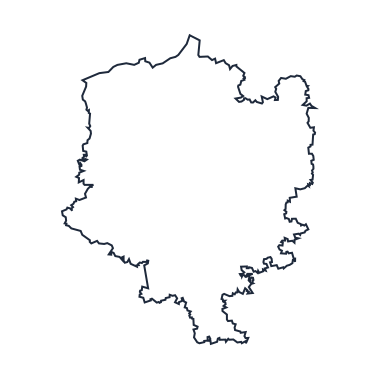 Bogra, Rajshahi, Bangladesh, rotated 264°
{"feature_id": "16705992B87441692505107", "entity_name": "Bogra", "entity_type": "district", "adm_level": 2, "iso_a3": "BGD", "parent_name": "Bangladesh", "parent_adm1": "Rajshahi", "projection": "mercator", "projection_center": [89.284, 24.83], "detail": "fine", "context": "isolated", "style": "outline", "palette": "slate", "viewbox_px": 384, "rotation_deg": 264, "n_neighbors": 0, "source": "geoboundaries", "source_scale": "gbopen_adm2", "svg_char_len": 5950}
<svg xmlns="http://www.w3.org/2000/svg" viewBox="0 0 384 384"><g transform="rotate(264 192 192)"><path d="M314.6,94.8L311.5,98.3L307.9,97.7L299.1,92.9L295.3,93.1L293.3,95.2L291.2,95.7L286.9,96.4L284.9,95.6L283.6,96.8L284.2,98.0L281.4,97.6L280.6,98.8L270.7,96.9L268.2,97.7L266.4,96.3L266.8,95.0L263.3,97.6L260.6,97.6L255.9,95.7L254.4,93.5L251.6,93.0L250.8,89.0L249.5,88.1L244.2,88.1L243.2,91.1L239.2,91.3L238.6,90.6L240.2,89.9L240.3,88.3L238.4,88.5L237.2,86.6L235.5,86.4L236.0,89.2L235.2,90.8L233.8,88.2L235.9,83.8L235.0,81.7L231.0,82.8L230.7,83.8L232.0,84.1L230.6,84.9L229.4,84.7L229.0,82.8L225.9,82.9L224.3,86.5L223.0,81.9L221.0,81.6L219.2,78.5L217.7,81.1L213.4,80.4L215.2,85.4L211.6,85.0L210.3,85.9L209.4,94.7L208.8,93.0L207.5,92.8L207.8,90.9L206.0,88.7L201.4,85.4L197.6,86.0L195.8,79.2L197.5,75.8L194.9,75.8L194.6,73.9L192.7,72.9L191.5,70.5L189.4,72.1L188.2,70.3L185.9,70.9L188.4,69.1L189.5,66.4L187.8,65.4L186.4,60.7L182.3,61.0L180.1,63.8L176.6,63.8L174.1,62.1L173.6,63.8L172.1,63.3L171.2,65.9L168.4,68.2L164.9,77.2L160.9,78.4L154.7,85.4L153.1,85.1L151.4,86.5L153.3,92.5L150.6,94.1L149.5,99.2L150.0,102.4L147.3,106.6L144.4,107.5L138.6,102.7L138.1,105.1L140.9,105.4L139.6,107.7L136.3,109.0L135.0,113.2L131.6,115.6L134.4,115.7L134.9,117.2L130.9,116.8L128.7,117.8L129.1,120.4L131.8,122.3L127.0,123.5L123.5,129.4L124.8,129.3L124.8,131.3L125.9,130.8L127.3,132.7L126.6,134.8L127.7,135.9L127.2,139.5L128.6,140.2L128.2,141.3L125.6,140.6L124.0,136.8L100.8,138.3L103.1,132.6L99.6,131.8L99.3,130.1L98.1,129.7L96.0,131.0L95.5,129.3L93.3,128.8L91.9,132.5L87.1,133.4L88.5,139.7L89.7,139.5L90.1,141.0L85.7,145.4L86.1,147.5L85.2,148.1L85.7,149.6L87.1,149.9L87.6,154.3L89.3,154.8L89.7,158.7L92.1,159.1L90.8,161.8L91.1,164.4L87.8,166.1L84.1,163.6L82.0,167.2L83.8,167.5L84.8,171.1L87.4,170.6L87.7,171.7L84.0,172.6L82.7,174.6L78.0,172.7L77.1,174.8L74.7,175.1L73.3,178.2L71.6,176.5L70.4,177.4L69.4,176.4L67.2,177.0L67.3,178.7L66.1,178.8L65.7,180.1L59.6,179.8L57.5,183.5L55.6,182.8L55.1,179.1L51.2,180.0L47.2,178.8L42.0,181.5L40.8,183.6L41.4,188.5L42.6,188.6L42.6,192.1L46.1,192.3L46.4,194.0L43.9,194.9L42.2,193.4L42.0,194.8L39.0,194.9L40.4,201.3L43.5,202.4L44.0,204.0L42.1,204.2L41.7,209.8L39.5,210.1L42.2,212.7L41.2,213.5L41.0,217.7L37.6,221.4L37.8,225.2L36.4,225.7L38.1,229.9L35.9,229.8L41.0,232.7L41.1,230.0L43.2,229.1L47.1,230.7L46.9,225.7L48.2,225.5L50.2,220.4L52.8,220.2L55.9,221.6L57.0,218.8L59.9,218.2L59.9,214.3L61.5,213.4L66.5,213.9L70.4,209.9L72.5,210.0L73.6,214.0L75.4,211.5L76.9,213.7L78.4,213.6L79.3,212.2L80.4,213.5L80.5,211.4L82.0,211.4L82.5,210.2L86.6,211.6L87.3,213.3L84.5,218.4L84.5,221.3L87.0,222.0L85.8,223.8L87.5,225.0L87.4,226.5L90.4,227.2L87.6,228.5L85.4,231.9L90.7,234.8L88.6,236.7L87.8,236.2L87.0,238.0L85.2,236.7L85.2,241.8L91.5,238.6L94.4,241.3L94.8,243.3L95.5,242.4L97.4,243.3L97.4,242.3L98.1,243.9L100.3,243.7L100.7,242.2L99.2,240.7L96.3,240.5L98.2,239.1L103.4,240.7L104.2,243.8L104.8,238.5L104.0,238.0L104.3,239.7L103.2,240.0L102.0,237.3L102.7,236.2L101.3,236.7L103.7,235.4L104.0,233.6L102.7,232.8L104.3,232.7L103.9,231.7L105.4,231.1L105.3,233.8L106.6,235.6L109.1,233.2L112.6,233.0L112.2,238.8L110.5,238.5L110.3,240.4L111.2,240.9L110.2,243.7L106.3,245.0L106.7,246.9L104.7,248.8L106.7,249.5L104.6,250.4L105.7,254.5L107.6,254.5L106.1,257.1L108.4,256.5L109.0,259.7L112.7,258.5L113.2,256.1L114.8,255.7L117.7,256.6L117.7,259.2L118.7,260.3L119.1,263.2L117.3,264.2L114.0,264.2L113.9,262.3L110.0,263.1L110.4,268.6L106.7,269.8L107.6,274.9L106.4,275.2L108.8,278.7L109.3,281.5L110.7,284.4L113.8,285.2L113.6,286.5L111.8,287.2L115.0,287.6L115.1,286.2L121.1,285.1L120.9,281.8L122.7,280.8L122.6,279.6L120.8,279.1L121.7,274.1L124.2,275.3L125.6,273.1L128.6,272.0L130.0,273.3L129.3,276.4L132.1,277.0L132.9,275.4L134.2,276.6L134.0,279.5L136.7,279.4L135.2,282.2L132.8,282.4L133.0,286.7L130.9,288.6L133.8,289.0L134.8,293.0L135.8,289.9L139.1,289.0L139.4,293.6L138.0,295.1L139.4,295.6L140.0,299.8L141.6,300.8L142.7,303.8L148.0,301.9L146.9,300.2L147.9,298.7L147.3,297.0L148.7,296.9L150.3,293.9L154.6,292.4L154.9,288.6L152.3,287.8L152.2,286.0L155.0,285.5L156.2,283.3L155.9,281.9L160.3,281.4L160.9,283.4L162.5,283.8L164.3,282.0L165.3,283.3L169.9,283.9L171.6,284.8L171.7,286.0L173.4,286.3L172.1,288.4L176.0,288.6L176.4,295.6L184.9,295.2L183.3,300.0L184.0,304.6L186.4,307.8L185.6,308.7L187.5,308.4L186.7,310.0L188.5,310.2L187.4,312.4L188.6,313.1L191.6,311.2L191.8,313.2L196.4,314.2L197.8,313.2L198.9,314.1L200.8,313.6L202.4,315.2L204.6,315.4L206.7,315.3L207.5,313.9L210.6,313.9L211.3,316.4L215.1,316.4L217.5,315.3L217.8,312.3L224.0,312.3L224.9,314.6L226.5,314.8L226.5,316.8L236.5,318.5L236.7,320.1L238.2,320.6L240.3,319.2L243.6,320.0L243.5,316.4L248.7,314.1L250.1,315.4L253.5,315.9L257.9,314.2L263.5,316.5L262.6,323.3L265.2,319.8L267.6,318.5L265.9,314.8L267.0,311.2L270.2,315.5L273.3,315.8L273.4,318.3L276.1,318.0L277.0,314.8L280.5,315.7L281.0,318.3L282.2,318.6L284.7,317.4L285.3,318.3L285.7,317.0L289.8,316.0L290.6,314.6L291.6,315.4L292.6,313.6L295.8,311.9L296.9,308.3L295.9,306.3L296.9,302.3L294.8,297.2L296.1,292.5L293.4,289.8L290.7,290.1L287.6,285.7L285.8,286.5L282.9,285.3L277.6,287.6L274.6,287.0L274.8,284.1L277.2,285.0L278.6,283.1L276.5,276.6L279.7,271.3L273.9,271.9L272.7,270.8L274.8,265.8L276.6,264.6L274.6,262.0L274.9,260.2L278.0,259.0L278.0,257.0L279.7,254.9L279.7,253.6L278.2,253.3L276.8,250.7L276.7,248.2L280.4,245.1L280.8,250.5L282.1,252.9L284.5,250.4L291.8,248.8L293.1,249.2L293.7,251.3L297.3,252.6L298.1,255.9L299.5,255.5L300.0,257.4L300.1,255.8L300.8,256.5L302.2,255.1L304.9,256.6L312.2,249.3L313.7,249.4L313.1,245.5L310.3,242.7L314.2,242.1L316.6,238.9L319.8,237.4L317.6,229.4L322.2,228.9L321.1,225.7L325.1,221.9L325.6,213.6L327.6,212.6L342.0,215.5L348.1,206.1L339.8,202.2L329.7,192.7L328.1,189.7L327.3,184.4L323.0,176.3L322.2,169.6L319.8,165.9L325.1,163.2L326.9,159.2L330.1,159.3L329.0,153.6L326.1,152.6L324.5,147.8L326.9,140.1L326.2,131.1L324.6,126.8L320.1,121.4L319.9,112.3L314.6,94.8Z" fill="none" stroke="#1e293b" stroke-width="2"/></g></svg>